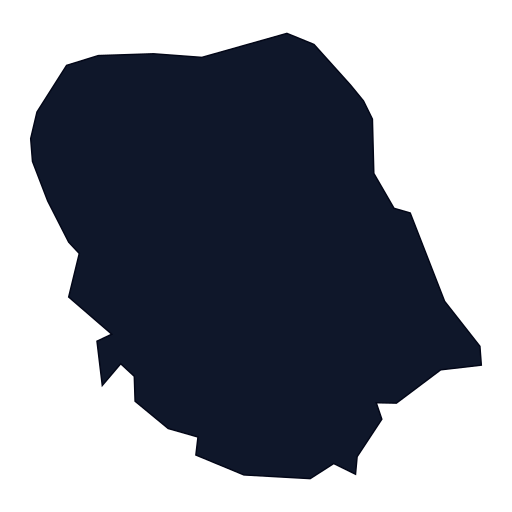 Jackson, Kentucky, United States of America (Albers equal-area conic projection)
{"feature_id": "52423323B42512235988752", "entity_name": "Jackson", "entity_type": "district", "adm_level": 2, "iso_a3": "USA", "parent_name": "United States of America", "parent_adm1": "Kentucky", "projection": "albers", "projection_center": [-84.011, 37.416], "detail": "fine", "context": "isolated", "style": "filled", "palette": "ink", "viewbox_px": 512, "rotation_deg": 0, "n_neighbors": 0, "source": "geoboundaries", "source_scale": "gbopen_adm2", "svg_char_len": 606}
<svg xmlns="http://www.w3.org/2000/svg" viewBox="0 0 512 512"><path d="M153.5,53.8L98.3,55.6L66.6,65.4L37.0,112.0L30.7,138.6L32.5,161.4L47.7,200.9L68.7,242.1L79.3,253.5L68.7,297.0L111.8,334.2L97.0,341.2L102.3,385.4L120.7,363.7L134.3,376.3L135.1,401.2L168.2,428.5L198.0,437.0L195.9,455.0L243.9,474.9L310.2,478.6L333.7,463.5L355.5,474.2L357.1,456.7L381.8,419.2L376.2,402.7L396.4,403.1L440.7,369.8L481.3,365.1L479.9,346.3L444.6,301.3L410.2,213.0L394.0,208.3L373.8,173.4L372.4,119.1L363.5,101.0L350.6,85.2L314.0,44.5L286.9,33.4L201.9,57.4L153.5,53.8Z" fill="#0f172a" stroke="#020617" stroke-width="1.5"/></svg>